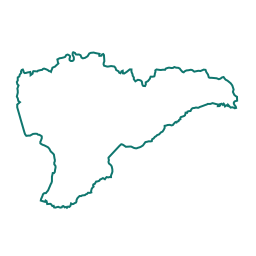 outline of Caldas Novas, Goiás, Brazil, rotated 268°
{"feature_id": "56859067B92379395223730", "entity_name": "Caldas Novas", "entity_type": "district", "adm_level": 2, "iso_a3": "BRA", "parent_name": "Brazil", "parent_adm1": "Goiás", "projection": "robinson", "projection_center": [-48.654, -17.771], "detail": "fine", "context": "isolated", "style": "outline", "palette": "teal", "viewbox_px": 256, "rotation_deg": 268, "n_neighbors": 0, "source": "geoboundaries", "source_scale": "gbopen_adm2", "svg_char_len": 4975}
<svg xmlns="http://www.w3.org/2000/svg" viewBox="0 0 256 256"><g transform="rotate(268 128 128)"><path d="M189.5,54.1L188.0,53.4L186.8,53.0L187.4,52.2L187.6,51.1L188.8,49.7L189.7,47.8L190.3,46.2L190.0,45.1L189.1,44.2L188.9,42.4L188.4,40.0L187.7,39.3L187.9,37.5L188.1,35.4L186.8,34.7L185.7,34.6L184.8,33.4L184.2,32.5L185.4,32.5L187.4,32.2L187.0,29.5L186.6,28.0L186.5,26.6L187.5,25.7L189.0,25.4L190.1,24.9L189.7,23.8L188.2,23.0L186.8,23.2L186.0,22.4L184.9,21.6L183.3,21.2L182.4,19.6L180.9,19.5L179.4,19.5L177.8,18.5L175.5,19.0L174.4,20.1L171.2,18.8L169.4,19.1L167.1,19.1L163.3,18.0L161.4,18.9L158.9,19.3L157.6,20.9L155.3,18.1L154.3,18.1L152.6,18.0L142.1,20.6L140.8,20.9L127.0,24.4L125.4,24.9L123.7,26.1L123.9,28.4L123.8,29.8L125.4,32.9L125.5,34.9L125.4,36.8L124.4,38.0L124.3,39.2L123.4,40.6L122.7,41.5L120.9,41.5L119.6,41.0L118.5,40.6L117.3,39.9L115.7,39.9L114.9,40.9L114.1,42.3L113.6,43.7L113.1,44.6L112.6,45.5L111.6,47.3L110.1,48.6L108.4,49.4L107.2,50.0L105.7,51.6L104.1,53.0L100.1,53.5L98.7,53.8L97.3,53.7L96.0,53.1L94.2,53.1L92.8,54.1L91.5,54.3L90.1,54.0L89.0,53.7L86.6,53.3L85.5,52.4L85.6,51.2L83.5,50.7L82.1,50.3L77.3,50.1L75.6,49.5L74.5,48.8L73.2,48.2L72.2,47.8L71.3,47.3L69.5,46.5L68.2,45.8L66.9,44.6L65.8,43.7L65.8,42.0L64.7,40.7L63.2,40.2L59.9,38.6L58.5,38.3L57.8,40.3L57.1,42.5L58.4,43.1L57.7,44.1L54.8,44.6L54.9,46.6L54.9,47.9L54.2,48.7L52.6,49.7L52.8,51.0L51.2,51.4L51.0,52.7L51.4,54.2L51.7,55.5L51.2,56.4L50.8,57.6L51.0,59.0L52.1,59.8L52.2,60.8L50.9,61.9L51.3,63.4L50.4,64.2L51.6,65.4L51.2,66.7L52.2,67.7L54.6,68.5L53.9,69.6L54.0,70.8L54.7,71.9L55.4,73.5L56.6,74.0L57.5,74.0L58.5,74.4L59.6,75.0L60.7,76.1L61.7,77.2L61.6,78.8L62.2,79.8L62.4,82.6L63.1,83.4L63.6,84.8L64.7,85.8L64.5,87.7L64.9,89.1L66.0,88.9L66.9,89.1L68.5,89.6L69.8,90.6L70.6,91.6L72.1,91.1L73.0,91.6L73.3,92.8L74.4,93.5L75.6,94.3L75.7,95.8L76.3,97.5L77.5,98.3L78.0,99.7L78.8,101.2L77.6,103.1L78.9,104.1L79.7,104.9L79.3,106.6L79.6,107.8L79.5,109.3L80.8,109.3L82.4,109.9L83.4,110.4L84.9,110.9L86.2,110.9L87.4,110.9L88.9,110.6L90.1,110.4L91.1,109.9L91.9,109.2L93.2,107.7L94.8,107.3L96.6,107.8L98.0,107.5L99.1,107.5L100.4,108.8L110.6,119.0L112.0,120.7L111.7,121.8L111.2,122.7L109.3,125.2L109.4,129.4L109.3,130.6L108.7,131.7L107.9,133.2L107.5,134.6L107.4,135.9L107.9,137.3L108.3,138.9L108.7,140.0L109.2,140.9L110.0,142.3L113.3,144.9L113.6,146.7L114.0,148.4L113.8,149.7L114.0,151.3L115.1,151.5L116.2,152.0L116.5,153.1L118.2,154.5L118.7,155.6L119.9,156.9L120.5,158.8L122.5,160.8L123.2,162.4L124.9,163.6L126.7,164.6L128.9,164.7L129.1,166.2L129.6,167.7L129.7,169.7L129.1,171.6L129.4,172.9L130.5,173.8L132.3,175.6L131.8,176.7L132.8,177.4L133.0,178.7L134.4,179.4L134.9,180.7L136.1,180.6L137.0,181.1L138.0,184.4L138.7,185.4L140.3,185.9L141.3,186.1L141.1,187.6L142.3,188.0L142.7,189.4L142.8,191.1L144.0,191.7L145.0,192.4L145.6,193.4L145.7,195.0L146.1,196.7L145.8,198.1L145.8,199.2L146.5,200.5L147.4,203.4L148.4,206.3L148.7,207.5L149.3,208.5L149.2,209.7L149.2,211.2L149.9,213.4L148.5,218.0L148.3,219.1L146.7,218.6L146.7,220.2L147.5,221.0L148.6,220.8L149.0,222.5L147.8,223.6L148.9,224.5L148.0,225.1L146.2,225.7L147.3,227.3L146.6,228.5L147.7,228.8L146.2,230.1L144.8,231.3L145.1,232.8L144.6,234.4L144.0,235.4L144.3,236.7L145.7,236.4L147.0,235.4L148.6,234.6L149.9,234.7L150.9,235.6L151.5,238.0L155.4,238.0L156.1,236.8L157.4,235.4L160.4,234.1L162.8,234.9L166.9,233.7L169.1,232.2L171.9,229.0L172.8,227.3L174.2,226.2L175.6,225.3L175.3,223.8L174.1,222.1L173.6,220.5L174.6,218.3L175.2,213.7L175.3,211.6L175.8,210.5L178.6,209.8L181.2,208.2L183.4,207.5L183.7,205.7L182.4,202.4L182.7,200.5L182.6,199.4L182.0,196.2L183.6,194.3L184.0,192.9L183.6,190.4L183.5,188.4L182.6,186.5L181.7,185.6L182.1,184.5L184.2,182.7L185.6,181.8L186.4,180.3L186.6,178.3L187.3,176.4L186.5,175.1L186.4,173.5L186.9,171.1L186.6,169.5L186.0,167.8L184.9,167.1L185.0,164.7L184.8,162.7L185.1,160.8L185.5,158.5L184.6,157.3L183.1,157.4L181.7,156.8L179.8,156.5L178.7,156.1L178.4,154.5L178.5,152.4L176.4,151.5L174.2,149.6L173.0,147.3L170.9,147.3L169.3,146.5L169.5,144.7L170.7,143.9L174.0,143.4L175.0,142.4L175.5,141.1L175.8,139.5L174.4,137.0L176.6,135.5L178.3,135.6L180.1,134.5L181.6,134.4L183.5,133.6L184.7,133.4L186.4,133.5L186.5,131.8L184.1,128.6L182.6,126.1L182.8,124.9L185.4,124.7L184.9,123.5L183.0,122.4L183.6,121.1L185.0,120.5L186.4,118.2L188.5,117.6L189.9,116.5L190.5,113.3L190.1,110.5L190.1,109.3L190.5,108.1L191.1,106.3L192.5,105.8L193.9,106.0L195.6,106.7L201.8,106.5L202.8,105.8L202.4,104.7L201.2,104.0L201.1,101.9L202.2,101.8L203.1,102.1L204.0,98.2L204.6,96.3L204.4,93.4L203.8,91.9L201.1,90.1L199.6,87.5L199.2,85.3L200.0,84.0L202.4,83.1L203.2,81.5L203.1,80.1L203.4,78.4L204.9,77.6L205.6,75.9L204.8,75.3L202.9,75.2L200.7,76.3L198.5,76.3L197.4,75.7L196.9,74.5L197.0,73.1L197.8,72.1L199.1,71.9L200.8,72.5L201.8,72.6L202.8,71.6L203.5,70.3L203.1,68.9L201.3,67.7L200.8,66.4L200.3,64.1L200.1,62.1L199.0,59.8L197.5,60.1L196.2,60.2L194.9,60.7L193.3,58.7L191.9,57.2L191.3,55.6L190.9,54.6L189.5,54.1Z" fill="none" stroke="#0f766e" stroke-width="2"/></g></svg>